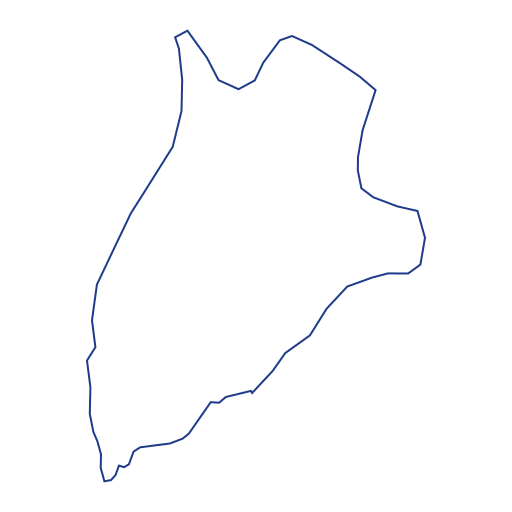 outline of Unjon, P'yŏngan-bukto, North Korea
{"feature_id": "82179303B11827018498152", "entity_name": "Unjon", "entity_type": "district", "adm_level": 2, "iso_a3": "PRK", "parent_name": "North Korea", "parent_adm1": "P'yŏngan-bukto", "projection": "albers", "projection_center": [125.407, 39.666], "detail": "fine", "context": "isolated", "style": "outline", "palette": "blue", "viewbox_px": 512, "rotation_deg": 0, "n_neighbors": 0, "source": "geoboundaries", "source_scale": "gbopen_adm2", "svg_char_len": 884}
<svg xmlns="http://www.w3.org/2000/svg" viewBox="0 0 512 512"><path d="M104.4,481.3L111.0,480.1L115.5,475.1L119.0,465.6L124.1,467.2L128.9,464.3L133.6,451.6L140.2,447.3L169.9,443.5L182.5,438.7L188.8,433.7L210.7,402.2L219.1,402.7L225.8,397.0L250.9,390.9L252.1,393.0L260.3,384.2L272.7,370.9L285.2,353.1L309.9,335.4L326.6,308.7L347.3,286.5L371.7,277.7L387.9,273.4L408.1,273.5L420.4,264.6L425.0,237.8L417.5,211.0L397.4,206.4L373.3,197.3L361.4,188.3L357.8,170.4L358.0,157.0L362.6,130.2L375.6,90.1L359.7,76.6L339.8,63.1L312.0,45.0L292.0,36.0L279.9,40.3L263.3,62.6L254.8,80.4L238.5,89.2L218.5,80.1L206.9,57.7L187.4,30.7L175.1,37.3L178.9,48.5L182.2,79.8L181.5,111.1L172.7,146.8L147.6,186.8L130.8,213.4L113.8,249.0L96.9,284.6L92.0,320.3L95.4,347.2L87.0,360.5L90.4,387.3L89.8,414.1L93.4,432.0L97.3,441.0L101.0,454.4L100.7,467.8L104.4,481.3Z" fill="none" stroke="#1e3a8a" stroke-width="2"/></svg>